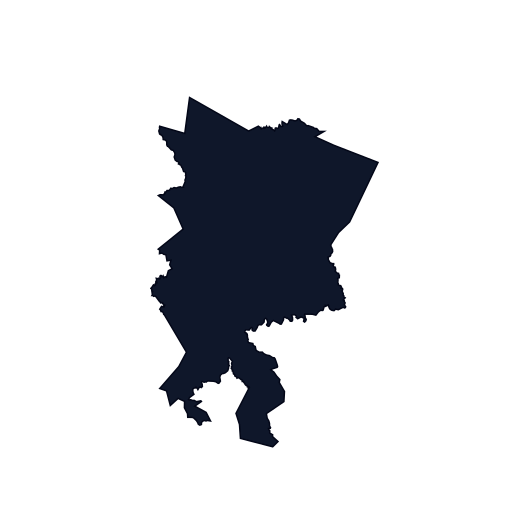 the district of Batopilas, Chihuahua, Mexico, rotated 327°
{"feature_id": "50627088B93587914067010", "entity_name": "Batopilas", "entity_type": "district", "adm_level": 2, "iso_a3": "MEX", "parent_name": "Mexico", "parent_adm1": "Chihuahua", "projection": "mercator", "projection_center": [-107.773, 26.928], "detail": "fine", "context": "isolated", "style": "filled", "palette": "ink", "viewbox_px": 512, "rotation_deg": 327, "n_neighbors": 0, "source": "geoboundaries", "source_scale": "gbopen_adm2", "svg_char_len": 6154}
<svg xmlns="http://www.w3.org/2000/svg" viewBox="0 0 512 512"><g transform="rotate(327 256 256)"><path d="M103.1,314.7L107.5,320.4L102.7,334.7L113.1,333.0L116.9,339.0L113.3,344.3L112.7,350.9L110.9,354.1L114.6,356.6L115.5,357.7L116.4,361.6L116.4,364.2L116.0,365.3L116.4,366.6L116.7,367.2L118.0,367.6L118.8,367.3L119.4,365.9L122.1,365.5L123.3,366.0L124.2,367.1L125.7,367.5L128.0,369.6L129.0,360.0L122.9,348.6L131.0,348.3L130.9,347.4L126.7,345.7L125.5,343.4L124.1,342.6L122.9,340.9L121.8,340.5L121.2,339.6L123.2,338.5L128.6,338.2L128.9,336.0L130.2,333.6L130.9,333.1L132.5,333.1L133.8,333.9L133.8,333.3L134.2,333.3L134.6,334.8L134.5,336.4L137.0,335.2L138.3,335.9L138.4,336.5L139.9,336.3L141.0,334.3L141.3,332.5L142.2,331.8L143.0,332.4L143.7,333.6L145.0,334.0L145.6,334.6L147.3,334.4L152.0,337.8L153.8,339.6L154.9,342.2L155.7,342.5L158.0,341.6L159.6,337.9L161.3,336.5L163.7,336.2L164.6,336.8L166.7,337.2L169.8,336.8L171.9,335.1L172.7,333.9L173.9,333.4L173.7,332.2L174.0,332.1L173.9,331.6L174.5,331.5L174.9,329.9L175.6,330.0L175.6,328.6L176.9,326.6L177.5,326.3L178.3,327.0L178.9,331.5L177.0,332.7L176.1,335.4L175.3,335.3L174.8,336.4L174.1,336.6L174.2,339.0L173.5,339.4L173.9,340.3L172.9,342.6L173.5,344.0L172.9,345.1L173.9,347.1L173.5,348.1L174.9,348.4L175.6,349.5L176.1,351.4L176.8,352.0L176.1,353.8L177.2,354.4L176.9,355.6L177.2,357.0L176.9,357.7L177.2,359.1L177.9,359.5L177.5,360.9L178.5,361.1L178.9,361.6L177.8,362.3L178.5,362.8L153.5,377.1L150.4,388.3L143.6,400.5L166.1,425.1L173.4,423.6L171.5,416.4L172.6,415.0L171.1,411.9L172.4,410.1L172.1,408.4L172.5,407.4L174.1,408.3L174.7,407.9L174.8,405.9L176.1,403.8L176.9,401.4L177.0,398.2L178.9,393.8L200.1,393.3L206.1,385.1L206.6,374.7L208.7,372.6L207.9,368.0L207.8,363.1L206.4,359.5L208.4,359.6L213.1,360.9L213.8,360.6L214.4,359.2L216.0,352.7L215.9,351.3L214.6,350.3L213.1,346.9L210.9,344.8L209.8,343.0L209.2,341.7L209.0,340.1L206.4,338.5L205.0,335.9L204.8,334.7L206.1,331.5L205.3,330.2L205.1,329.1L205.7,327.7L202.5,324.5L203.0,322.5L204.1,321.7L204.0,320.8L204.4,320.4L204.6,319.0L205.2,318.6L206.0,316.9L205.5,316.5L206.0,315.9L205.6,315.4L205.8,315.0L204.9,313.9L206.1,312.7L207.4,312.4L209.9,314.4L212.8,313.4L213.5,313.6L213.6,314.9L212.8,315.2L212.4,316.4L213.0,317.6L214.4,318.4L217.9,316.7L219.8,315.3L221.1,315.2L222.9,316.6L223.5,316.6L226.8,315.8L228.4,313.7L230.1,313.5L230.6,314.7L230.0,317.4L229.1,318.7L227.5,319.3L227.3,319.9L227.9,321.6L228.9,321.9L232.7,319.8L235.4,319.5L238.9,325.4L239.1,326.3L240.2,326.9L244.3,324.5L245.6,322.8L246.5,322.6L248.0,325.0L248.6,325.2L249.3,327.9L249.2,329.3L250.5,330.3L251.8,329.7L253.2,327.3L253.5,325.0L256.2,326.0L257.1,327.7L256.9,328.9L256.2,329.2L256.8,331.3L260.6,331.7L262.2,334.0L262.3,334.7L260.3,336.7L260.8,337.9L262.5,337.5L263.6,336.5L263.7,334.4L264.6,332.9L264.5,331.9L265.2,331.3L271.5,335.5L274.0,338.2L277.7,336.9L279.7,336.7L280.6,336.8L282.3,338.0L282.9,337.9L285.5,335.6L286.8,336.1L287.3,335.2L288.2,336.4L289.1,336.1L290.0,336.3L289.2,339.2L289.1,340.7L289.8,342.5L291.1,343.9L292.0,344.4L293.7,343.8L295.8,345.9L300.2,346.3L301.6,347.0L302.1,347.9L302.9,347.9L303.6,347.3L303.5,345.9L303.9,344.7L305.2,343.9L305.3,341.9L305.7,341.5L305.2,340.4L308.0,339.6L307.3,338.3L308.0,337.2L307.8,336.2L308.7,335.0L309.1,332.2L310.3,331.5L310.8,330.6L310.8,330.1L309.7,329.3L310.7,328.5L310.9,327.0L309.9,326.1L309.3,324.9L310.0,323.9L310.1,322.8L311.8,320.7L312.3,319.2L314.0,319.6L315.5,317.5L315.2,317.0L315.8,315.5L314.9,315.0L314.1,311.8L315.2,311.1L316.1,309.4L316.2,308.3L315.4,308.2L315.6,305.8L316.7,305.3L317.0,304.7L316.0,304.1L314.4,301.9L314.7,298.3L315.4,297.3L315.7,296.2L317.9,296.6L319.3,295.9L320.0,294.9L321.4,294.8L322.7,294.0L323.8,292.0L323.7,290.6L324.1,290.1L324.0,288.8L324.7,287.8L324.6,287.4L338.0,281.3L353.1,278.4L409.3,244.0L381.5,205.4L370.4,188.1L381.0,188.6L376.8,185.9L376.3,182.2L374.4,180.7L374.2,179.5L370.8,175.1L369.4,174.4L368.9,171.1L366.9,167.1L367.0,164.8L365.9,163.7L364.1,164.5L362.3,164.0L360.4,161.7L359.0,160.6L358.0,160.3L355.9,162.0L353.7,162.7L351.2,157.5L350.3,158.5L349.3,160.4L349.3,161.5L348.8,161.9L347.3,160.8L347.4,158.6L346.9,158.6L344.6,160.9L343.7,160.8L342.5,159.4L341.7,159.3L340.9,160.4L339.8,161.2L339.2,159.4L338.0,157.6L338.1,157.2L338.8,157.2L338.0,156.1L337.7,154.8L337.2,155.3L335.8,154.6L335.3,153.6L335.5,152.9L333.5,153.6L333.0,152.3L332.7,152.2L332.1,153.3L331.1,152.3L329.5,152.3L329.5,151.2L330.0,150.8L329.4,150.4L328.7,148.4L317.9,147.2L286.6,86.9L263.0,114.4L245.9,94.7L245.1,95.5L244.8,96.5L242.6,98.2L241.6,101.2L242.1,102.5L242.6,102.9L242.8,104.6L242.5,106.2L241.6,107.8L243.1,109.3L243.5,110.6L243.1,112.0L241.7,114.2L241.5,115.8L242.0,116.2L242.8,120.9L244.1,122.3L244.1,124.1L244.0,125.3L243.3,126.8L241.3,128.4L240.5,131.6L241.2,133.6L242.1,134.7L242.3,135.9L241.1,136.5L242.5,139.0L242.1,141.1L242.3,142.0L241.3,145.7L242.4,147.0L242.4,148.0L241.7,148.7L241.6,149.5L240.6,150.2L240.6,151.1L239.4,152.5L237.8,153.6L237.2,155.0L232.5,158.2L232.5,158.8L230.9,157.8L230.3,156.8L228.4,156.0L226.2,155.6L224.6,154.0L222.2,153.8L221.6,152.8L219.2,153.7L218.0,153.3L217.1,152.6L215.4,153.2L214.3,152.8L213.7,154.1L212.9,153.8L212.0,154.5L209.0,152.4L207.0,152.1L213.3,170.9L209.6,193.7L177.7,197.0L178.4,198.6L176.3,201.5L178.3,202.1L179.1,203.0L179.5,204.3L181.1,205.9L178.7,211.6L182.4,213.2L178.8,216.4L178.7,221.0L174.5,220.6L169.5,224.9L169.4,224.5L168.2,223.9L166.8,224.1L167.3,222.0L166.3,222.4L165.7,222.2L165.9,220.9L165.7,220.5L164.5,220.6L164.6,221.1L164.2,221.2L163.5,222.5L162.7,221.8L162.5,222.3L162.3,221.9L161.9,222.1L160.2,220.4L159.7,221.9L158.9,222.6L158.3,224.6L157.3,224.4L157.3,224.0L156.9,224.6L156.0,224.6L156.2,225.2L155.7,225.7L154.6,225.6L154.2,224.4L150.6,226.0L150.0,225.4L150.5,227.1L149.5,228.7L149.8,229.6L149.1,229.7L148.0,232.0L147.3,232.4L147.7,232.6L148.2,234.1L149.5,234.5L149.9,235.6L150.3,242.0L150.8,242.8L150.5,243.4L152.1,244.2L152.1,245.0L151.8,245.2L152.3,246.3L151.9,247.2L152.3,247.5L151.6,247.6L151.8,248.2L150.9,248.7L149.4,246.8L146.3,248.2L146.5,249.1L146.1,250.9L147.2,251.7L147.3,253.2L146.8,254.6L147.1,255.5L145.3,298.8L131.0,306.7L103.1,314.7Z" fill="#0f172a" stroke="#020617" stroke-width="1.5"/></g></svg>